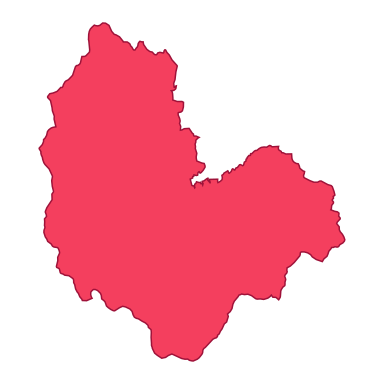 Tram Tau, Yên Bái, Vietnam
{"feature_id": "81297802B29855819440848", "entity_name": "Tram Tau", "entity_type": "district", "adm_level": 2, "iso_a3": "VNM", "parent_name": "Vietnam", "parent_adm1": "Yên Bái", "projection": "equal_earth", "projection_center": [104.472, 21.51], "detail": "fine", "context": "isolated", "style": "filled", "palette": "rose", "viewbox_px": 384, "rotation_deg": 0, "n_neighbors": 0, "source": "geoboundaries", "source_scale": "gbopen_adm2", "svg_char_len": 5913}
<svg xmlns="http://www.w3.org/2000/svg" viewBox="0 0 384 384"><path d="M257.1,299.1L260.3,298.9L263.6,299.4L264.8,299.1L267.9,298.1L270.0,296.6L271.3,295.1L272.8,297.2L276.0,297.4L278.7,299.8L280.1,297.5L280.4,296.3L280.8,290.9L281.3,289.6L282.8,287.2L284.8,285.6L285.0,284.4L285.0,282.1L285.7,279.6L285.4,278.2L284.6,276.1L285.5,274.3L286.5,273.5L287.2,271.8L286.8,270.1L287.1,267.8L290.4,266.0L294.3,262.4L299.8,255.8L300.2,254.5L300.3,252.9L301.0,252.1L301.3,251.9L304.2,251.9L307.6,252.8L310.6,254.6L312.3,256.9L316.2,259.5L322.3,261.6L323.9,258.9L327.0,256.3L328.0,253.9L328.8,251.3L330.9,248.8L331.6,247.5L333.5,247.4L334.9,246.7L337.1,247.1L338.2,246.8L338.8,246.3L339.9,244.6L342.9,242.9L344.4,241.1L344.8,239.7L343.9,237.0L342.4,234.3L340.2,231.7L339.3,229.7L339.2,226.8L336.7,223.6L337.2,222.2L340.2,218.9L340.1,217.9L338.7,216.2L339.0,213.4L338.8,212.9L337.3,211.8L334.7,211.3L330.8,209.8L331.3,209.0L331.7,205.4L333.4,203.1L333.5,202.1L332.3,200.4L332.3,199.7L333.5,198.2L333.2,196.4L334.2,195.8L334.9,195.1L334.0,191.4L332.3,186.7L331.2,185.6L327.8,184.6L321.1,181.0L319.7,181.1L317.6,182.2L313.9,182.2L310.0,180.7L304.3,177.8L303.7,177.0L303.6,175.1L304.2,173.8L304.6,171.5L303.0,170.9L300.1,168.5L299.8,168.1L299.3,166.0L298.3,163.8L296.1,163.4L294.2,162.3L293.1,161.2L292.4,159.9L291.9,158.3L291.6,153.9L285.8,154.0L283.2,152.8L281.7,152.7L281.2,151.4L279.3,150.3L278.5,149.4L278.3,147.6L278.6,146.4L272.3,146.8L271.5,146.5L270.8,145.7L269.4,145.5L266.7,147.2L264.1,147.0L261.3,147.4L259.2,148.5L256.9,150.4L255.5,150.5L254.4,151.1L251.8,153.7L250.8,153.6L250.5,154.0L250.4,155.4L248.9,155.5L247.1,157.6L247.0,158.6L246.1,159.2L245.9,161.1L244.3,162.2L243.7,164.6L243.3,165.4L242.7,165.7L240.5,164.6L239.5,164.8L237.4,167.5L235.9,168.0L234.8,170.0L234.3,170.0L233.0,168.9L232.5,168.9L232.0,169.5L231.2,171.5L229.2,173.3L228.7,173.0L228.0,171.0L227.8,170.8L223.9,173.2L223.3,174.4L221.9,175.3L222.3,177.6L222.1,179.6L220.8,180.9L219.2,182.0L217.9,182.6L217.6,181.4L217.7,179.2L209.5,179.4L209.5,180.4L210.2,182.3L210.0,182.7L207.7,180.0L208.1,178.7L207.9,178.2L206.8,178.7L203.9,180.9L202.1,181.4L202.1,181.9L203.1,183.5L202.7,185.0L202.1,183.5L200.8,183.6L200.4,182.3L199.3,182.6L196.5,181.8L195.8,183.5L195.0,183.9L194.6,184.7L194.5,186.1L194.9,187.7L194.7,187.9L194.1,186.4L193.3,185.8L192.3,185.7L191.9,185.4L190.2,179.1L192.6,178.0L192.7,176.5L193.7,176.3L194.0,174.9L196.3,175.5L197.6,175.2L198.0,172.7L198.8,171.8L199.2,171.7L199.9,173.0L200.2,173.1L201.2,172.5L203.3,170.1L204.4,168.3L205.1,167.0L205.0,165.7L204.2,163.5L201.8,163.0L196.8,161.0L196.3,158.5L196.2,156.9L196.8,153.3L195.3,148.5L195.5,146.7L195.1,144.1L195.8,142.2L195.8,140.3L197.8,138.2L199.1,137.4L196.1,136.1L194.4,136.1L193.7,135.7L193.4,134.0L192.3,133.2L189.1,128.4L184.2,128.7L181.8,130.0L180.4,130.2L180.7,126.4L179.5,123.4L180.0,121.9L180.1,120.7L179.7,118.7L178.2,115.0L178.1,113.0L178.4,112.6L181.0,112.0L182.4,110.8L183.4,107.0L183.5,102.3L182.0,101.5L177.2,101.5L172.8,100.0L172.9,98.2L172.6,93.8L172.2,91.9L171.3,90.7L173.8,90.4L175.5,89.1L175.9,88.3L176.3,85.9L175.4,86.2L174.8,87.4L174.1,87.2L173.7,83.3L175.0,79.6L175.9,71.8L177.2,66.3L177.1,65.6L172.0,59.9L169.3,55.0L166.9,52.4L165.7,50.1L165.2,49.8L164.7,49.9L164.1,50.9L163.7,52.7L163.2,53.0L159.9,52.3L157.8,52.9L156.8,54.4L156.1,54.8L154.8,54.6L154.1,54.1L152.3,52.1L149.8,51.5L146.9,49.4L143.6,44.5L143.1,41.8L141.9,41.9L139.9,41.3L139.0,42.2L138.2,43.5L137.8,45.8L137.2,47.1L136.1,48.2L135.1,49.9L134.1,50.1L133.2,49.5L131.9,47.1L130.9,46.2L129.7,43.7L127.3,42.0L123.3,41.9L123.1,41.3L119.5,36.8L115.9,34.8L114.3,34.4L111.7,31.4L109.0,25.4L105.6,23.2L102.7,23.0L99.7,25.4L97.7,25.9L95.6,25.6L94.3,25.1L91.7,27.5L90.3,29.1L89.3,31.3L88.7,34.3L88.5,39.8L88.8,40.6L89.7,50.0L89.4,52.2L85.9,55.8L84.7,56.4L81.9,56.5L80.4,62.9L79.6,64.2L77.9,65.4L76.4,65.6L75.4,66.8L72.6,75.3L68.9,79.2L68.1,79.9L65.9,81.0L65.0,81.8L63.5,84.5L62.8,86.7L62.1,87.5L60.8,87.4L57.3,91.2L56.6,91.6L53.1,93.0L49.8,93.7L47.8,96.3L47.6,96.8L47.7,97.6L50.5,100.6L52.1,107.8L52.4,110.8L54.3,116.1L54.1,119.1L55.9,126.8L52.8,127.4L51.0,128.1L48.8,129.8L47.5,131.5L46.6,135.4L45.0,138.2L43.6,139.5L43.5,141.7L42.3,144.6L39.2,148.1L39.2,148.8L40.9,151.6L40.9,153.3L41.3,155.0L42.3,157.1L42.8,159.7L43.9,162.8L45.0,164.5L49.1,168.9L52.4,176.0L52.4,177.0L51.7,180.6L52.3,186.4L53.5,191.2L53.4,192.0L51.9,194.1L52.1,199.7L46.9,207.6L45.4,211.3L45.3,212.1L46.3,214.8L46.5,216.5L44.5,218.9L44.7,221.8L44.5,225.6L44.9,226.8L44.9,227.7L44.0,230.3L43.9,232.5L45.3,236.9L46.8,239.1L47.7,241.4L51.3,244.1L52.3,245.9L52.8,246.4L53.9,247.0L57.6,247.6L58.3,248.5L59.2,250.7L59.6,252.4L59.5,253.3L57.7,257.3L57.8,260.7L56.4,266.4L56.7,267.4L59.0,268.5L59.4,269.1L60.3,272.7L61.0,273.4L62.9,274.0L64.8,275.2L68.9,275.7L73.0,278.6L73.6,279.9L73.7,282.7L74.7,284.6L75.6,288.9L77.2,292.0L78.4,293.4L79.8,296.8L81.9,299.3L82.3,300.5L86.6,300.7L92.1,298.3L91.2,296.6L90.7,294.6L90.8,292.3L91.3,291.4L92.8,289.9L93.5,289.5L95.3,289.5L97.6,290.5L100.5,293.4L101.3,295.5L101.7,298.9L104.0,300.7L105.1,302.0L106.5,306.0L108.2,307.6L110.7,309.4L113.3,310.7L114.7,310.8L119.5,307.7L122.6,306.3L125.5,306.9L129.9,309.0L132.1,311.4L133.1,314.8L134.4,317.2L136.3,318.3L138.4,318.8L142.1,321.2L145.4,322.9L148.0,325.3L148.4,327.4L150.9,329.5L151.2,330.7L151.3,332.6L151.1,337.4L151.5,343.1L151.5,345.4L152.2,347.4L152.4,348.5L154.6,353.1L157.3,355.3L161.7,358.2L165.6,357.4L168.3,355.5L171.9,354.0L181.7,358.5L185.0,359.2L187.8,359.1L189.4,360.3L191.5,360.8L193.2,361.0L197.3,359.2L199.2,357.7L201.9,354.3L202.6,352.8L202.9,350.1L203.8,348.5L205.3,347.4L212.8,339.3L214.6,338.3L216.3,337.8L217.4,336.6L217.6,335.2L219.2,333.9L220.4,331.2L222.0,329.0L224.3,323.9L226.6,322.0L228.3,316.4L227.5,314.0L230.2,311.6L232.0,308.6L232.9,304.3L234.3,301.2L237.9,296.9L239.1,295.0L240.4,294.7L241.7,294.0L244.4,294.6L247.8,294.2L251.5,295.6L255.7,298.7L257.1,299.1Z" fill="#f43f5e" stroke="#9f1239" stroke-width="1.5"/></svg>